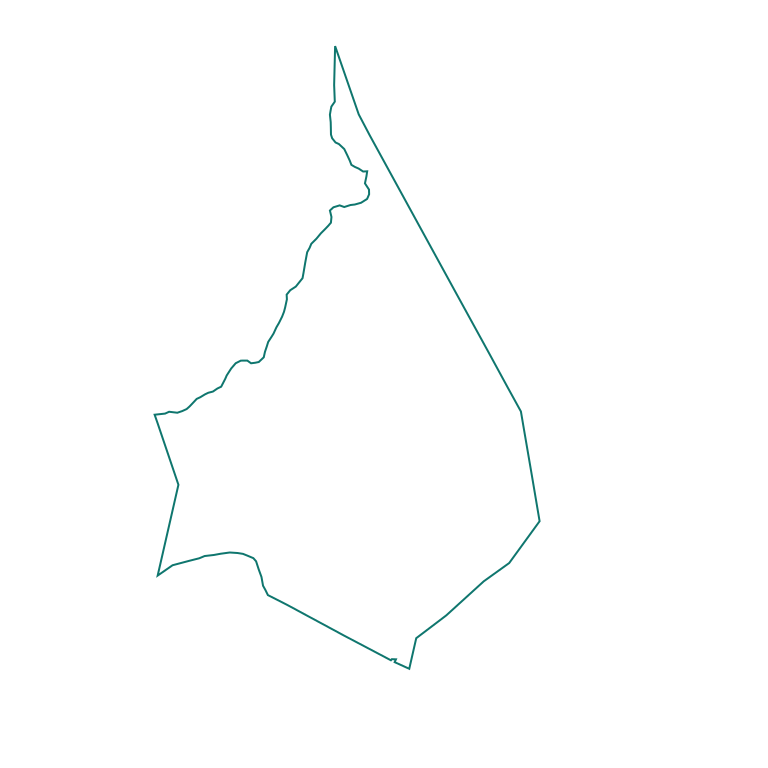 the district of Santo Domingo Tonaltepec, Oaxaca, Mexico, rotated 28°
{"feature_id": "50627088B70552877452577", "entity_name": "Santo Domingo Tonaltepec", "entity_type": "district", "adm_level": 2, "iso_a3": "MEX", "parent_name": "Mexico", "parent_adm1": "Oaxaca", "projection": "mercator", "projection_center": [-97.366, 17.615], "detail": "fine", "context": "isolated", "style": "outline", "palette": "teal", "viewbox_px": 768, "rotation_deg": 28, "n_neighbors": 0, "source": "geoboundaries", "source_scale": "gbopen_adm2", "svg_char_len": 1677}
<svg xmlns="http://www.w3.org/2000/svg" viewBox="0 0 768 768"><g transform="rotate(28 384 384)"><path d="M585.8,432.1L557.7,395.6L527.9,357.1L517.8,344.0L494.1,328.5L464.0,308.6L400.7,267.1L254.6,171.1L235.1,157.8L193.6,119.2L182.2,108.6L199.6,143.4L208.0,157.8L207.3,163.8L208.5,167.7L209.8,171.6L214.0,177.8L216.6,182.4L220.1,188.7L222.9,191.4L227.8,193.5L231.5,193.3L238.6,195.2L244.1,199.2L249.1,203.0L252.3,205.8L256.3,206.0L260.5,205.7L265.8,206.2L269.3,204.1L271.0,208.9L273.0,215.8L279.5,219.4L281.8,223.5L282.2,228.5L278.7,234.7L274.0,239.2L270.4,241.7L265.8,246.4L261.0,247.1L256.4,251.7L254.8,256.2L259.2,261.2L261.4,266.5L260.5,270.5L259.2,275.1L257.5,280.7L256.1,287.5L254.0,294.3L254.4,298.7L254.3,303.7L257.5,313.9L260.9,324.1L262.4,328.8L260.4,339.4L257.2,345.2L256.1,350.8L258.5,354.8L260.8,362.9L261.8,367.2L262.4,372.3L262.6,379.3L262.4,384.5L262.8,391.4L262.5,395.6L262.0,401.2L262.9,406.0L263.8,411.5L265.3,416.9L263.1,423.4L260.3,425.7L256.9,428.1L252.3,427.5L246.6,430.6L243.3,435.3L241.8,442.0L241.1,450.3L241.4,453.9L241.5,462.8L239.0,466.2L236.5,471.0L233.0,474.2L230.8,477.2L228.0,481.9L225.6,485.1L223.8,491.8L222.8,495.3L221.5,498.8L218.5,502.7L215.0,506.4L207.3,509.4L204.6,512.9L195.9,518.8L202.5,524.9L249.8,569.5L259.1,603.9L274.1,659.4L282.4,643.3L295.0,631.6L302.7,624.6L306.4,620.1L314.1,614.8L319.4,610.6L326.9,605.2L334.0,602.0L339.2,600.2L343.8,599.7L350.4,599.1L354.3,600.6L360.4,606.5L366.4,611.9L371.9,618.9L375.9,621.5L380.6,624.9L401.8,624.5L466.4,624.9L519.8,624.7L520.1,623.3L523.8,621.5L524.0,624.6L540.0,623.6L531.8,593.3L547.6,559.1L564.7,511.4L578.6,483.3L585.8,432.1Z" fill="none" stroke="#0f766e" stroke-width="2"/></g></svg>